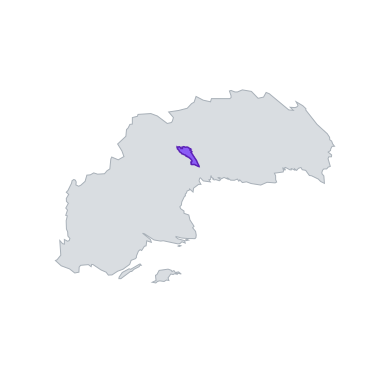 location of Ragunda, Jämtland, Sweden, rotated 32°
{"feature_id": "70781695B27486788902069", "entity_name": "Ragunda", "entity_type": "district", "adm_level": 2, "iso_a3": "SWE", "parent_name": "Sweden", "parent_adm1": "Jämtland", "projection": "equal_earth", "projection_center": [16.011, 63.184], "detail": "fine", "context": "in_parent", "style": "filled", "palette": "violet", "viewbox_px": 384, "rotation_deg": 32, "n_neighbors": 0, "source": "geoboundaries", "source_scale": "gbopen_adm2", "svg_char_len": 5309}
<svg xmlns="http://www.w3.org/2000/svg" viewBox="0 0 384 384"><g transform="rotate(32 192 192)"><path d="M88.5,244.9L89.8,247.5L92.8,247.2L94.1,245.2L95.7,239.6L93.9,233.4L96.7,231.3L98.5,227.9L102.5,226.9L108.1,222.9L108.7,218.9L110.1,216.0L105.7,207.1L105.4,204.9L112.4,203.8L115.5,198.0L110.8,194.3L103.5,190.7L106.4,179.8L103.4,173.8L103.9,171.4L103.5,167.6L105.4,166.0L102.0,160.5L105.6,156.7L105.1,154.8L115.5,147.3L122.3,145.9L134.7,147.0L137.7,144.0L137.8,142.4L136.8,138.7L129.8,136.5L137.5,129.9L143.6,123.5L144.8,117.3L146.2,114.7L144.8,108.8L152.8,108.2L159.9,105.7L159.0,102.5L174.6,92.8L175.1,91.1L173.9,89.5L170.2,86.5L171.3,85.2L175.4,84.4L177.5,83.1L180.6,78.7L189.1,75.2L198.4,77.5L202.4,73.6L202.1,68.3L205.5,67.7L230.5,71.1L234.7,69.1L230.4,68.1L234.5,65.9L235.7,64.6L236.1,63.1L235.9,62.3L232.4,60.3L240.2,60.1L244.5,61.0L245.0,62.2L262.2,68.4L275.8,70.9L279.7,72.7L281.2,74.7L283.4,74.8L285.9,76.7L288.6,77.7L286.6,79.0L286.8,82.0L287.5,83.4L286.3,86.0L290.8,86.6L291.6,88.2L289.3,89.8L289.7,91.6L295.7,97.0L294.3,98.8L294.0,101.0L291.5,102.7L291.2,104.4L291.8,106.7L292.7,107.7L295.3,108.5L299.7,114.5L295.5,114.9L292.2,114.1L284.7,114.9L282.8,115.8L276.9,113.4L273.7,114.7L271.4,113.5L269.7,115.5L269.3,118.2L266.6,118.0L267.6,119.0L264.0,119.4L263.7,119.8L264.5,120.5L263.4,121.3L258.3,121.6L257.7,122.5L259.2,123.5L259.2,124.2L255.9,123.2L258.2,125.2L258.7,126.7L251.9,132.4L254.3,133.9L256.4,137.2L258.5,138.7L257.7,140.2L250.5,144.0L246.6,149.7L237.6,153.5L232.8,154.5L229.7,157.3L226.1,156.4L226.0,158.0L223.6,157.0L221.8,159.5L218.5,161.5L214.9,161.2L214.5,161.5L215.6,162.1L211.4,162.7L210.2,164.8L207.1,165.4L206.6,166.1L209.8,166.3L209.2,168.0L205.6,168.9L204.3,170.1L202.7,170.0L203.0,169.2L200.7,169.2L199.9,168.2L199.5,168.5L201.1,171.4L199.9,172.6L202.2,173.7L195.7,176.6L191.7,175.5L191.2,176.3L192.1,178.8L195.5,180.8L193.5,182.1L191.3,187.9L192.9,191.5L188.3,190.7L188.7,192.0L187.3,193.6L187.8,195.9L187.4,197.4L188.5,198.8L187.9,199.5L188.6,205.9L189.9,208.7L189.5,211.0L191.3,212.2L195.3,212.4L196.5,214.3L201.5,213.2L205.1,216.8L211.9,220.0L211.5,222.0L215.9,223.5L218.4,226.3L219.5,228.6L219.2,230.0L212.5,234.0L207.4,236.6L202.0,238.2L202.3,238.8L205.0,239.1L211.4,237.2L213.3,238.9L209.8,239.6L209.2,241.9L207.7,243.4L193.4,248.6L191.5,250.2L185.2,252.8L173.7,252.6L171.9,253.2L181.9,254.3L184.2,256.2L179.5,257.4L181.6,262.0L180.4,263.2L180.3,268.3L178.6,268.4L177.9,270.5L178.8,275.7L179.6,277.1L179.3,278.6L176.6,282.2L177.5,286.4L174.4,294.1L170.9,298.6L168.1,304.7L165.1,306.8L161.6,305.5L156.2,306.3L146.5,306.0L145.3,306.6L146.0,308.8L142.6,308.5L136.4,313.2L136.1,315.5L138.6,319.9L135.5,322.8L128.9,322.1L120.2,323.9L112.5,322.5L113.5,320.9L114.2,315.1L105.6,303.2L109.7,304.4L111.4,303.8L108.9,299.9L112.5,299.7L113.6,298.3L113.1,296.1L110.1,295.1L107.7,291.7L105.1,289.9L100.5,283.0L98.9,278.3L97.3,278.7L96.0,273.3L93.5,272.5L93.1,267.1L90.5,266.5L88.8,264.0L88.7,259.4L85.5,258.8L86.0,256.5L85.2,248.4L84.3,245.9L85.2,244.0L86.9,243.8L88.5,244.9ZM222.0,270.0L220.6,270.5L219.7,272.0L217.5,272.8L217.2,277.5L219.3,279.3L217.1,280.1L215.7,282.7L211.8,284.4L210.2,286.0L209.5,288.3L206.1,289.6L208.4,286.1L205.2,282.0L206.0,280.6L205.7,275.9L212.6,270.1L215.8,269.4L217.3,270.1L217.8,268.7L218.9,268.3L222.0,270.0ZM177.6,303.2L175.9,304.2L175.3,302.8L175.5,297.2L179.3,290.5L181.0,290.0L185.7,281.0L186.2,280.5L187.8,281.0L186.7,281.8L186.7,283.4L183.8,288.2L183.0,291.3L181.9,292.1L177.6,303.2ZM223.3,268.2L223.1,269.5L221.3,268.4L222.9,266.9L226.4,267.3L223.3,268.2ZM214.6,234.6L212.5,236.6L212.0,235.8L212.4,234.8L214.6,234.6ZM210.0,245.0L208.8,245.2L209.6,243.8L211.1,243.5L210.0,245.0Z" fill="#d9dde1" stroke="#a8b0b8" stroke-width="1"/><path d="M159.8,159.2L159.9,159.3L160.2,159.7L160.6,159.9L160.8,160.2L160.4,160.4L160.0,160.7L159.6,161.0L159.1,160.7L158.8,160.5L158.3,160.3L157.5,160.3L157.0,160.5L156.7,161.0L156.4,161.4L155.8,161.6L155.4,161.6L155.6,162.0L155.9,162.3L156.5,162.4L156.8,162.7L156.8,163.1L157.4,163.2L157.9,163.4L158.9,163.6L159.2,163.8L159.5,164.0L159.8,164.3L160.6,164.5L161.7,164.5L162.4,164.6L163.1,164.9L163.5,165.0L164.0,164.7L164.4,164.6L165.9,164.5L166.5,164.3L167.1,164.2L167.7,164.5L167.8,164.7L168.3,164.7L168.3,164.4L169.0,164.3L169.5,164.5L170.1,164.5L170.7,164.3L171.2,164.3L171.6,164.5L172.6,164.5L173.4,164.7L174.0,164.9L174.8,165.2L175.4,165.5L175.6,165.9L175.7,166.4L175.5,166.9L175.2,167.1L175.3,167.4L175.8,167.7L176.1,167.8L176.2,168.2L176.2,168.6L176.5,168.9L176.9,169.0L177.1,168.9L177.8,168.5L178.3,168.2L178.9,167.7L179.5,167.4L180.3,167.3L181.0,167.3L181.6,167.1L182.0,167.1L182.8,167.1L183.3,167.0L183.8,166.9L184.4,166.8L184.6,166.7L183.9,166.0L182.0,164.9L181.1,164.3L180.2,163.7L179.4,163.1L177.8,162.3L176.3,161.7L175.4,161.2L173.9,160.6L173.2,160.2L172.6,159.9L172.1,159.7L171.4,159.4L170.9,159.2L170.2,158.9L170.5,158.5L170.6,158.3L170.6,157.9L170.1,157.7L169.4,157.5L168.9,157.5L168.6,157.7L168.2,157.6L167.9,157.4L167.9,156.9L167.9,156.5L168.2,156.3L168.3,156.2L167.9,156.1L167.2,156.3L166.1,156.3L165.5,156.3L165.2,156.3L164.9,156.2L164.7,156.2L164.3,156.4L163.9,156.6L163.7,156.8L163.2,157.0L163.0,157.3L162.7,157.5L162.4,157.7L162.0,157.7L161.3,157.8L161.0,157.9L160.7,158.3L160.5,158.6L160.2,158.8L160.0,159.0L159.8,159.2Z" fill="#8b5cf6" stroke="#5b21b6" stroke-width="1.5"/></g></svg>